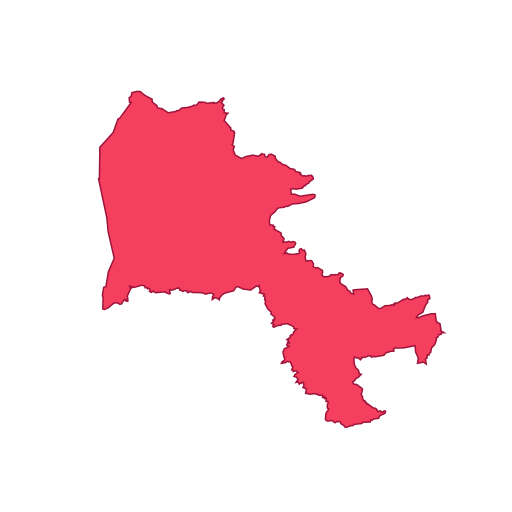 Teúl de González Ortega, Zacatecas, Mexico, rotated 255°
{"feature_id": "50627088B73152877685889", "entity_name": "Teúl de González Ortega", "entity_type": "district", "adm_level": 2, "iso_a3": "MEX", "parent_name": "Mexico", "parent_adm1": "Zacatecas", "projection": "equal_earth", "projection_center": [-103.508, 21.35], "detail": "fine", "context": "isolated", "style": "filled", "palette": "rose", "viewbox_px": 512, "rotation_deg": 255, "n_neighbors": 0, "source": "geoboundaries", "source_scale": "gbopen_adm2", "svg_char_len": 6117}
<svg xmlns="http://www.w3.org/2000/svg" viewBox="0 0 512 512"><g transform="rotate(255 256 256)"><path d="M136.8,415.6L143.1,416.2L144.5,414.3L146.5,413.3L153.9,414.2L154.8,410.1L155.0,401.6L154.4,397.6L154.9,395.0L157.1,397.5L158.5,402.6L164.6,407.0L166.9,409.9L169.1,410.3L169.9,412.9L173.2,413.2L173.7,412.5L173.3,411.0L174.3,409.5L173.8,408.2L174.7,405.0L174.2,401.5L174.7,399.2L173.9,397.5L173.7,394.5L174.9,392.3L176.7,391.2L175.3,388.9L176.1,387.7L173.9,380.3L174.6,378.2L172.9,377.2L174.0,376.7L173.1,375.5L173.8,374.4L173.5,373.0L174.6,367.4L173.2,363.7L173.2,361.1L178.1,357.7L179.1,356.2L181.5,355.8L183.8,357.0L187.2,357.2L195.4,355.2L198.0,341.8L197.9,340.9L193.9,340.5L195.3,338.1L197.9,337.4L199.1,335.8L203.2,334.7L206.9,331.1L208.9,330.2L213.1,331.8L214.3,334.7L215.3,335.5L216.1,335.1L218.1,332.8L218.0,331.7L216.9,331.2L217.1,328.0L217.7,327.4L217.4,326.3L218.6,323.9L217.4,321.0L218.2,316.7L219.5,315.2L221.0,314.8L222.9,316.2L224.8,316.4L229.0,312.5L228.8,310.8L230.8,308.5L233.6,309.5L236.8,308.6L237.5,307.7L238.3,303.0L242.4,303.2L244.9,304.7L249.2,304.3L249.3,302.4L251.3,301.7L251.3,300.2L250.0,298.9L247.5,298.8L247.3,297.4L248.0,291.9L249.6,287.7L250.9,286.7L251.1,283.9L255.2,288.7L254.7,294.6L257.9,297.6L259.3,297.3L260.5,295.2L260.2,293.4L261.7,291.4L261.5,289.5L262.5,285.5L265.3,287.6L269.6,285.6L271.7,286.2L277.3,280.5L279.4,281.7L280.1,280.4L281.2,280.7L282.7,277.4L286.4,277.9L291.4,280.6L294.0,286.1L296.1,288.6L296.6,290.8L295.8,295.7L296.3,298.1L295.7,299.4L296.9,304.7L295.7,310.6L295.3,318.5L297.2,327.7L299.6,328.9L300.9,326.8L302.3,314.0L305.7,309.4L306.5,306.2L311.4,306.7L311.3,309.6L310.1,312.1L309.6,318.3L311.2,320.4L311.1,321.9L312.0,322.2L312.7,325.8L314.0,326.9L315.5,331.2L317.3,331.5L319.6,330.5L320.3,326.3L319.9,325.5L321.1,323.4L321.1,321.9L323.9,319.6L324.4,320.6L325.1,320.4L327.3,316.2L329.7,315.6L331.6,311.7L336.2,308.0L337.3,305.6L340.5,303.3L341.2,301.8L345.3,300.0L347.3,300.4L350.4,297.2L350.5,294.5L348.5,292.4L349.4,290.6L352.1,290.5L352.7,288.2L353.4,288.1L351.7,284.1L354.2,279.1L354.7,272.3L353.9,267.3L358.7,262.1L364.6,261.4L367.3,263.4L370.0,261.7L371.3,263.2L380.7,267.3L382.3,266.9L384.2,264.2L386.1,264.8L395.1,260.3L400.1,263.8L401.2,265.8L402.6,262.3L405.6,263.2L406.1,262.1L407.2,261.9L408.4,262.2L409.9,264.1L413.1,262.2L414.4,264.0L415.3,263.7L416.0,265.9L417.2,265.5L416.7,262.7L414.6,259.8L413.9,256.5L415.3,255.1L414.5,254.1L415.6,253.2L416.0,248.7L417.9,245.9L418.3,243.9L419.0,243.3L418.6,241.9L419.5,240.9L417.4,238.0L417.1,236.4L417.8,235.1L417.2,233.7L417.2,228.1L418.2,222.8L416.6,219.1L416.9,216.7L416.3,216.2L417.1,208.2L422.6,203.4L424.4,199.4L427.1,199.1L431.4,195.7L434.4,196.2L439.8,190.3L444.7,186.8L445.8,183.8L445.9,178.4L442.4,176.6L441.7,174.4L437.2,173.7L436.6,175.2L424.3,160.0L424.0,158.1L412.3,150.1L401.4,133.3L371.1,124.7L371.4,123.9L331.5,121.8L317.8,119.5L290.5,118.5L279.1,109.4L265.3,103.1L265.1,100.7L257.8,97.5L254.9,97.4L244.5,94.3L243.5,95.9L244.4,100.3L247.3,106.6L246.9,109.4L244.7,111.9L244.5,113.6L248.2,117.8L246.3,118.6L245.4,120.4L246.6,120.9L247.1,120.1L248.4,121.3L250.5,121.2L256.8,126.4L259.6,126.2L258.6,127.8L258.2,127.1L257.3,127.4L257.7,129.2L257.2,130.5L257.4,137.9L255.9,140.8L254.0,140.7L253.5,142.7L252.3,142.8L252.4,144.6L249.8,144.9L249.6,144.1L248.5,144.8L247.9,145.6L248.7,147.8L246.6,149.2L245.1,158.1L241.7,162.4L242.2,163.6L244.3,163.3L245.9,164.1L244.9,165.3L244.8,168.8L245.4,170.6L244.9,173.6L242.6,173.6L242.0,175.1L240.7,176.0L241.0,177.8L240.2,180.5L238.6,180.2L238.2,181.6L238.8,183.4L237.2,185.1L234.5,194.4L232.2,197.6L232.1,202.5L231.4,203.8L229.7,205.3L228.0,203.5L225.3,202.5L226.4,205.3L225.4,207.4L223.2,209.2L225.0,210.1L227.3,213.2L228.2,216.3L228.2,225.5L231.4,229.0L230.8,231.0L227.4,235.1L224.5,242.0L226.9,248.6L225.9,250.2L226.8,251.3L220.8,251.1L219.7,249.7L216.8,254.3L215.5,252.8L213.9,254.1L211.4,253.0L210.5,253.8L207.6,252.4L201.8,253.7L197.8,256.2L196.0,255.4L193.0,257.8L190.9,258.2L190.4,258.2L190.1,256.1L189.3,255.6L188.6,256.5L187.0,253.6L185.1,255.8L184.0,254.1L183.2,254.1L182.6,254.6L183.2,259.0L182.6,262.4L183.5,263.2L182.4,268.9L178.3,273.9L176.0,273.9L175.0,276.4L172.9,272.8L170.4,271.2L170.8,269.6L169.9,268.2L168.8,268.4L167.2,264.2L166.4,265.6L164.8,264.6L163.7,265.9L163.3,265.5L164.1,264.2L162.0,262.5L160.1,264.5L159.0,259.4L156.4,257.2L151.2,256.8L150.2,257.5L147.8,256.2L147.1,253.9L145.8,252.8L145.4,257.0L146.1,258.9L144.5,261.9L140.4,262.2L139.3,263.0L136.7,261.0L135.8,262.4L134.8,262.1L134.8,264.9L132.6,266.4L131.5,263.1L129.8,261.5L128.6,263.6L126.0,264.7L123.6,262.0L123.6,264.0L121.0,264.6L121.8,265.9L121.2,266.8L122.0,268.3L121.6,269.1L118.0,268.6L116.9,267.3L114.6,270.3L110.5,268.4L108.5,272.5L107.9,277.1L106.8,278.4L106.7,279.8L105.4,280.3L104.3,284.3L102.3,283.7L102.3,285.4L101.5,284.9L101.1,286.4L100.4,285.7L100.0,286.9L97.3,286.0L97.3,287.3L96.1,288.1L93.7,286.3L90.6,285.5L89.4,286.7L85.9,282.8L80.5,280.8L79.0,281.2L78.0,282.5L77.4,286.9L74.5,289.1L75.1,290.9L74.6,293.4L73.7,294.5L72.0,294.7L69.6,297.0L67.7,297.6L67.1,299.0L67.6,303.0L67.1,306.1L68.0,307.2L66.9,314.4L67.6,316.7L66.1,323.5L67.8,324.3L67.4,325.9L68.1,327.3L67.5,332.4L69.7,334.2L70.6,339.8L72.5,341.0L73.3,339.7L72.2,337.7L74.5,335.6L73.9,334.3L74.7,333.1L76.4,333.1L78.1,331.8L78.8,330.0L84.5,325.4L84.3,324.8L86.3,324.5L86.7,323.5L88.2,323.7L88.3,322.6L90.5,322.0L91.7,322.5L95.3,321.9L99.5,324.4L100.8,324.0L105.8,320.0L106.9,317.4L108.1,316.8L109.6,317.1L109.8,318.5L112.0,321.3L112.5,323.7L114.5,327.0L115.4,325.3L119.1,325.4L122.1,323.5L126.3,322.9L132.0,324.2L132.9,325.1L131.6,326.5L131.1,328.5L128.7,330.0L129.6,331.5L130.6,331.6L130.0,335.1L130.3,338.5L130.0,340.8L128.3,341.4L128.6,344.0L127.8,344.9L127.0,353.9L128.8,356.3L129.0,361.4L128.5,364.7L130.8,364.8L131.1,366.4L129.0,375.2L128.2,386.4L121.9,385.3L115.6,386.4L110.6,384.2L110.1,390.3L107.6,392.5L112.7,393.0L113.1,394.7L116.1,395.9L115.6,397.5L116.4,397.6L117.9,399.9L121.8,401.7L124.2,405.7L128.3,408.6L130.5,409.1L130.6,410.7L132.5,412.2L132.5,414.6L133.8,415.5L133.3,417.7L136.0,414.9L136.8,415.6Z" fill="#f43f5e" stroke="#9f1239" stroke-width="1.5"/></g></svg>